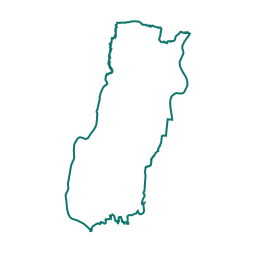 Cheung Prey, Kâmpóng Cham, Cambodia, rotated 7°
{"feature_id": "14789045B53354113316917", "entity_name": "Cheung Prey", "entity_type": "district", "adm_level": 2, "iso_a3": "KHM", "parent_name": "Cambodia", "parent_adm1": "Kâmpóng Cham", "projection": "equal_earth", "projection_center": [105.065, 12.092], "detail": "fine", "context": "isolated", "style": "outline", "palette": "teal", "viewbox_px": 256, "rotation_deg": 7, "n_neighbors": 0, "source": "geoboundaries", "source_scale": "gbopen_adm2", "svg_char_len": 5805}
<svg xmlns="http://www.w3.org/2000/svg" viewBox="0 0 256 256"><g transform="rotate(7 128 128)"><path d="M103.2,234.9L104.4,234.4L104.4,233.0L103.9,232.1L105.5,229.4L107.0,228.4L107.6,227.7L109.7,226.2L110.5,226.3L111.3,226.9L111.6,226.9L112.1,225.7L112.7,225.8L112.7,224.6L114.4,224.8L115.9,225.7L116.7,225.7L117.3,225.3L117.3,224.2L117.4,223.4L116.9,222.0L117.1,221.2L118.1,221.4L118.8,221.1L119.2,221.1L120.0,220.7L120.6,220.8L121.4,220.2L121.9,220.3L121.7,219.8L122.0,219.1L121.6,219.0L120.6,217.4L120.8,217.1L121.9,217.7L121.9,216.9L122.3,216.8L123.0,215.8L124.0,216.2L125.1,217.1L125.5,218.0L126.5,221.2L126.9,221.8L127.6,221.9L128.4,221.6L128.8,222.0L129.1,223.3L129.7,223.7L129.9,222.8L130.4,222.1L130.3,221.1L129.6,220.1L129.9,219.6L130.0,218.7L129.6,217.9L130.5,217.4L131.8,217.1L132.5,219.0L133.1,219.6L133.4,221.6L134.0,221.9L134.8,221.5L135.4,222.1L135.6,223.0L136.0,223.2L136.1,222.1L137.5,221.9L138.3,222.1L138.7,223.2L139.4,223.2L139.9,223.1L140.0,222.3L139.3,221.4L138.8,220.2L138.8,217.9L138.1,216.9L138.4,215.6L139.0,214.8L140.1,214.2L141.6,214.2L142.7,214.1L143.9,213.0L146.6,211.8L147.4,209.7L147.9,209.1L148.9,211.0L149.9,212.1L151.3,212.0L152.9,211.0L153.8,209.9L154.0,208.2L153.4,205.3L152.6,202.5L153.0,201.1L153.3,200.5L151.2,201.5L150.9,200.1L151.7,196.0L152.5,194.5L152.7,192.7L152.3,191.8L151.6,191.4L151.3,190.8L151.3,189.8L151.9,188.9L151.9,185.5L151.5,179.8L151.2,172.7L150.3,170.5L150.2,165.2L150.8,164.3L151.5,164.5L152.0,163.7L152.3,163.5L152.7,163.5L153.2,163.2L153.8,163.4L154.4,162.6L154.7,162.5L155.2,162.0L155.0,161.0L155.2,160.5L155.2,159.4L155.4,158.3L155.0,158.1L155.0,156.7L154.7,156.1L155.4,155.4L155.5,154.8L155.9,154.6L156.4,153.2L156.7,153.2L157.3,152.4L157.4,151.6L157.8,151.3L157.9,150.8L158.5,149.3L160.2,147.4L160.9,147.0L160.5,146.3L160.5,144.9L160.8,144.6L161.1,143.3L161.9,141.9L161.8,141.4L162.7,138.4L162.6,132.0L163.6,131.2L166.6,131.1L166.3,114.5L170.8,114.4L170.5,112.6L167.7,102.8L166.7,97.4L166.7,94.8L167.2,91.7L167.8,90.8L168.4,90.0L170.2,88.3L171.4,87.6L172.3,87.4L173.7,87.5L176.5,87.3L177.9,86.9L178.9,86.2L179.6,85.0L181.5,79.5L181.7,77.8L181.5,76.4L181.3,75.1L180.4,72.5L178.9,69.9L175.5,65.7L173.3,62.4L172.3,60.8L171.5,58.1L171.3,56.1L172.5,51.7L173.3,49.4L173.8,47.7L173.8,46.5L173.5,45.2L172.2,42.4L172.0,40.3L172.2,38.9L173.7,34.8L177.2,28.6L177.7,27.2L177.1,27.4L176.8,27.0L176.7,26.4L176.3,26.5L176.0,26.1L175.5,26.4L174.9,25.7L174.1,26.5L173.9,26.2L173.0,26.4L173.0,26.8L172.6,26.8L172.4,26.4L171.9,26.7L171.0,26.5L170.5,26.8L170.0,26.6L169.7,26.3L168.7,26.0L168.3,26.1L167.9,27.0L167.3,27.8L166.8,28.8L166.0,29.3L164.2,31.3L163.9,32.4L164.0,34.1L163.6,35.1L163.2,35.6L162.9,35.9L161.2,36.3L160.7,36.7L160.3,36.6L159.6,37.1L159.0,36.7L158.7,36.9L158.2,37.0L157.7,36.9L157.2,37.1L156.7,37.4L156.6,38.2L156.7,38.7L156.5,39.0L155.5,38.5L154.9,38.9L154.3,38.6L153.4,38.0L153.3,38.5L152.8,38.5L152.4,38.7L151.0,38.4L150.1,38.5L149.8,38.4L149.0,37.2L148.6,37.1L148.3,36.6L148.1,36.3L148.2,35.2L148.5,34.1L148.5,33.4L148.8,32.5L148.8,30.5L148.7,29.8L148.9,29.3L149.0,28.9L148.7,28.1L149.0,27.1L148.9,26.4L149.2,25.6L148.1,24.3L146.8,24.5L146.2,24.9L145.8,24.5L145.3,24.7L141.7,23.9L141.2,23.9L140.0,23.3L139.6,23.4L139.0,24.1L138.3,23.7L138.0,23.7L137.9,24.5L137.1,24.7L136.5,23.7L135.8,23.7L134.9,24.2L134.4,24.1L133.3,23.3L131.0,23.8L130.2,23.4L129.1,23.3L128.2,22.3L126.4,21.3L125.1,21.1L121.8,21.2L119.2,21.7L118.4,21.8L116.0,22.9L114.6,23.1L114.3,23.3L113.2,23.2L112.7,23.7L111.8,24.0L109.3,24.1L107.0,24.7L105.9,24.6L105.1,25.0L104.6,24.9L104.7,25.7L104.2,26.3L103.9,27.0L103.2,27.4L103.4,28.1L103.6,28.3L104.0,28.4L104.6,29.3L103.4,30.7L103.8,31.2L103.7,31.8L104.1,32.2L104.2,32.6L103.5,33.0L103.6,33.4L104.2,34.4L104.4,35.8L103.9,37.2L104.2,37.5L104.7,37.5L104.9,37.8L104.6,38.2L104.6,39.1L104.3,39.7L103.7,38.8L103.4,39.3L103.3,40.1L102.8,40.3L102.4,40.7L101.2,40.5L100.9,40.9L101.2,41.2L101.8,41.3L101.7,41.8L101.1,42.1L101.0,43.4L101.2,43.9L101.2,45.4L100.5,45.5L99.9,46.3L100.4,46.3L100.4,47.6L101.0,47.7L101.0,48.3L100.2,48.8L100.7,49.6L100.3,50.4L100.7,50.7L100.8,51.1L101.3,50.9L101.9,51.4L101.8,51.8L101.2,51.9L101.4,52.7L101.0,52.8L100.7,53.1L100.7,53.6L101.1,53.5L101.3,54.1L100.9,54.1L100.8,54.7L100.9,55.9L100.6,56.5L100.7,56.9L100.4,57.4L100.7,57.8L100.8,58.3L100.4,58.9L100.5,59.5L101.1,59.0L101.2,59.5L101.8,60.3L101.3,61.2L101.4,61.9L101.2,62.4L100.9,62.5L101.0,63.3L100.6,64.0L100.7,65.1L101.0,65.6L101.7,65.3L101.4,66.2L100.7,66.8L101.1,67.3L101.7,67.1L101.6,67.6L101.8,68.1L102.2,67.9L102.6,68.4L102.7,69.3L102.3,69.6L102.4,70.1L103.2,70.2L102.9,70.6L103.9,71.7L104.2,71.5L104.5,71.8L104.8,71.5L105.1,71.8L104.8,72.6L105.0,72.8L105.5,72.8L105.7,73.5L105.3,73.9L105.5,74.5L105.1,75.2L104.5,75.6L103.9,75.2L103.3,75.7L103.1,76.1L102.6,76.2L102.1,76.8L101.9,76.5L101.1,77.2L100.5,77.0L100.3,77.9L99.9,78.2L99.8,78.6L99.6,79.0L99.9,79.6L99.6,81.3L99.7,81.7L99.7,82.5L99.9,83.4L100.5,83.8L100.7,84.3L101.0,84.5L101.4,85.1L101.9,86.0L102.0,86.5L101.8,87.2L101.4,87.4L100.8,88.4L100.3,88.4L99.5,89.1L98.8,90.2L97.9,92.2L96.4,97.4L96.5,98.3L96.2,99.5L96.3,100.0L96.0,100.5L96.4,102.3L96.4,103.1L95.4,112.2L95.6,113.1L95.2,113.6L94.8,115.1L95.1,116.4L95.8,117.2L95.7,117.7L96.0,118.4L95.8,119.3L95.9,119.8L95.8,120.8L96.1,121.2L96.2,123.1L96.1,125.5L96.2,126.1L96.2,127.8L95.8,130.2L95.3,131.6L93.8,134.9L93.0,136.1L91.1,139.4L90.5,140.9L89.5,142.8L87.3,144.2L86.7,144.1L83.6,143.2L81.4,143.1L79.8,143.9L78.0,147.3L77.2,149.2L76.7,150.7L76.9,156.8L78.2,163.7L77.9,166.2L77.1,168.4L76.1,172.1L75.5,185.1L75.5,186.2L75.2,188.8L75.2,191.1L75.9,193.6L76.1,195.4L75.8,197.2L75.3,198.8L74.5,200.7L74.3,202.2L74.9,205.1L76.0,209.0L77.1,214.7L78.1,217.6L78.9,219.9L79.6,221.3L81.6,223.7L83.5,224.9L89.2,226.0L95.2,228.2L98.5,230.2L101.8,232.7L102.8,233.6L103.2,234.9Z" fill="none" stroke="#0f766e" stroke-width="2"/></g></svg>